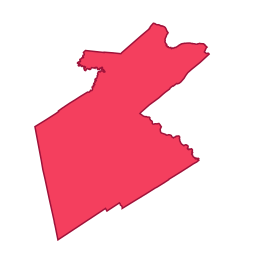 outline of Produlesti, Dâmbovita, Romania, rotated 171°
{"feature_id": "2599482B81885258271569", "entity_name": "Produlesti", "entity_type": "district", "adm_level": 2, "iso_a3": "ROU", "parent_name": "Romania", "parent_adm1": "Dâmbovita", "projection": "equal_earth", "projection_center": [25.495, 44.702], "detail": "fine", "context": "isolated", "style": "filled", "palette": "rose", "viewbox_px": 256, "rotation_deg": 171, "n_neighbors": 0, "source": "geoboundaries", "source_scale": "gbopen_adm2", "svg_char_len": 5746}
<svg xmlns="http://www.w3.org/2000/svg" viewBox="0 0 256 256"><g transform="rotate(171 128 128)"><path d="M139.8,206.3L157.9,211.2L160.2,209.6L160.2,209.3L159.8,208.7L159.7,207.3L160.0,207.0L161.1,206.8L161.3,206.1L161.5,205.9L161.5,205.6L161.0,205.2L160.9,204.8L161.0,204.5L162.1,204.4L162.5,204.5L162.8,204.4L163.1,204.0L163.4,203.7L164.8,203.3L164.9,202.4L164.7,202.2L164.4,201.6L164.7,201.0L165.0,200.9L165.4,201.1L165.6,201.1L166.1,200.9L166.4,201.0L166.7,200.9L167.6,200.4L167.8,200.0L167.7,199.8L166.6,199.7L166.1,199.2L166.3,199.0L166.3,198.8L166.5,198.8L166.6,198.5L167.3,197.9L167.3,197.5L167.1,197.1L166.6,196.9L166.4,197.0L166.1,197.6L165.6,197.8L165.6,198.0L165.4,198.1L165.0,197.8L165.2,197.6L165.2,197.2L164.9,196.8L164.5,196.6L164.3,196.2L163.7,196.6L163.4,196.6L163.1,196.0L162.9,196.0L162.7,195.6L162.4,195.4L162.0,195.7L161.5,195.7L160.9,195.2L160.5,195.0L160.7,194.4L160.9,194.3L161.2,194.4L162.2,193.9L162.1,192.9L161.9,192.6L161.9,192.0L161.7,191.7L160.9,191.3L160.7,191.4L160.1,192.4L159.7,192.7L159.4,192.7L159.2,193.0L158.9,193.1L158.6,193.1L158.1,192.8L157.7,192.3L157.0,192.5L156.9,191.9L156.5,191.7L155.5,192.1L155.2,192.7L154.5,193.3L154.3,193.4L152.9,192.7L152.3,192.8L151.8,192.8L151.6,192.4L151.2,192.1L150.8,192.7L150.5,192.9L150.1,192.8L149.6,192.8L149.1,192.6L149.0,192.0L149.2,191.8L149.0,191.2L148.7,191.1L148.7,190.7L147.9,190.9L147.7,190.9L147.6,190.4L147.4,190.2L147.1,190.2L146.3,190.9L146.3,191.2L146.2,191.5L145.8,191.5L145.7,191.6L144.9,191.7L144.7,191.9L144.5,192.0L144.0,192.0L143.8,191.8L143.9,191.4L144.3,191.1L144.7,191.2L144.9,191.0L144.9,190.7L144.8,190.4L144.9,190.1L144.8,189.9L143.7,190.0L143.3,189.7L143.0,189.5L143.0,188.9L143.1,188.7L142.6,188.4L142.1,187.7L142.0,187.1L142.2,186.9L142.5,186.9L143.4,187.2L143.6,188.0L144.7,188.6L145.1,188.6L145.6,188.4L146.1,188.6L146.3,188.6L146.5,188.4L146.7,187.8L147.4,187.9L147.7,188.3L147.9,188.4L148.4,188.2L148.8,187.7L148.9,187.3L149.2,187.1L149.5,186.6L149.3,185.3L150.1,184.7L150.3,184.3L150.1,183.7L150.5,183.3L151.0,182.1L151.4,181.9L151.8,182.0L152.1,181.6L152.7,181.5L152.9,181.2L153.1,180.6L152.9,180.4L152.4,180.6L152.2,180.5L152.2,180.1L152.0,179.7L152.3,179.5L152.7,179.6L153.1,179.3L153.3,179.3L153.5,179.2L153.4,178.2L153.8,177.9L154.8,177.5L154.9,177.3L154.6,176.9L154.3,176.7L154.1,176.0L154.3,175.9L155.5,175.8L155.7,175.5L155.7,175.1L155.4,174.8L155.6,174.4L155.6,174.1L156.9,174.2L157.0,174.1L157.1,173.9L157.0,173.2L157.0,172.9L156.8,172.6L157.0,171.7L157.4,171.1L158.0,170.6L159.1,171.1L159.7,170.2L160.1,169.9L160.5,169.8L160.8,169.5L161.5,169.5L162.3,169.8L169.9,166.7L176.0,164.0L180.9,162.0L190.0,157.8L194.0,155.8L194.1,155.7L193.9,155.1L194.1,155.0L196.9,153.6L208.6,148.5L219.7,143.9L219.2,126.7L218.7,109.2L218.6,100.2L217.9,90.2L216.8,69.2L215.5,48.0L215.5,45.3L215.3,43.3L214.7,28.5L162.8,52.1L161.8,49.3L148.2,55.4L147.6,54.4L147.6,53.2L146.5,52.0L146.3,51.7L146.1,50.3L146.3,49.5L117.6,61.4L110.7,64.4L108.5,65.1L99.6,68.9L95.8,70.6L95.6,71.0L81.3,77.0L68.8,82.5L65.4,83.7L63.2,85.0L63.9,85.9L63.8,86.2L62.9,86.5L63.2,87.0L64.6,86.8L64.8,87.1L64.8,87.4L65.3,87.5L65.5,87.1L65.9,87.4L66.3,87.9L66.5,87.5L66.9,88.3L67.9,89.1L68.3,90.0L68.5,90.5L68.4,91.0L68.7,91.2L69.2,92.3L68.9,92.6L68.7,92.6L68.7,92.9L68.0,93.5L68.3,94.3L68.6,94.1L68.7,94.3L68.1,94.8L67.9,95.8L68.3,96.7L68.0,96.9L68.7,97.6L69.8,97.4L70.2,97.1L70.8,97.2L70.8,97.4L70.7,97.6L71.1,97.8L71.4,97.5L71.8,97.3L72.5,98.3L72.5,98.8L71.6,99.8L71.5,100.5L71.6,101.0L72.4,101.8L72.9,101.9L73.1,102.3L73.6,102.4L74.5,102.3L75.5,101.8L75.9,102.0L76.5,102.8L77.6,103.7L78.2,105.0L78.9,107.5L78.7,108.2L78.9,109.5L78.5,110.4L78.4,111.2L79.0,112.2L81.8,112.4L82.3,111.8L84.0,111.6L84.6,111.1L85.2,111.6L86.1,112.5L86.4,113.8L87.6,114.6L88.7,115.0L90.7,114.8L91.4,115.0L91.6,115.6L92.8,116.3L95.9,117.9L96.3,118.5L96.5,119.8L96.4,121.7L95.2,123.6L94.9,123.9L95.9,126.2L96.7,127.6L97.6,127.7L98.5,127.5L100.7,128.0L101.9,127.7L102.8,128.1L103.3,128.7L103.0,130.2L103.2,130.8L103.6,131.5L104.3,131.8L105.0,133.5L105.1,134.0L104.8,134.9L105.5,135.5L106.8,135.6L108.4,136.5L108.9,136.4L110.7,137.1L114.0,140.4L112.6,141.6L103.2,147.6L92.9,152.9L88.1,156.0L85.6,157.5L81.9,159.4L81.7,159.6L81.0,159.8L80.2,160.8L79.2,161.5L77.1,162.6L76.7,162.3L72.8,164.4L72.3,163.9L70.5,164.2L68.6,165.2L65.0,168.2L62.8,170.8L60.3,173.3L56.2,175.9L46.5,181.5L36.3,188.3L36.6,188.9L37.0,189.3L37.3,189.4L38.1,189.3L38.9,189.3L40.7,191.2L39.6,192.7L38.7,194.2L38.0,195.1L37.3,195.5L38.0,196.5L38.5,196.9L38.9,197.4L39.1,197.7L39.0,198.1L39.4,198.4L39.6,198.8L40.0,199.0L40.2,199.3L40.4,199.4L42.2,199.8L43.2,200.0L43.9,200.4L45.0,200.2L45.8,200.3L46.2,200.0L47.5,200.1L48.0,200.2L48.6,200.6L49.9,201.0L50.4,201.1L50.9,201.1L51.5,201.6L52.2,201.5L53.4,202.2L56.5,202.6L58.5,202.7L59.1,202.9L59.5,202.8L61.7,202.8L62.6,202.4L62.9,202.5L63.7,202.0L64.2,202.0L64.8,201.7L65.0,201.5L65.5,201.3L65.9,201.1L67.8,200.2L68.0,200.0L68.9,200.3L69.7,199.9L70.5,199.9L70.9,199.6L71.2,199.7L71.4,200.0L71.8,199.8L72.0,199.8L72.6,199.6L72.9,200.0L73.0,200.8L73.3,200.9L74.1,200.7L75.2,201.1L75.4,201.5L75.4,201.9L75.6,202.0L76.4,201.9L76.6,202.2L76.6,203.3L76.7,203.6L76.9,203.7L77.3,203.6L77.3,204.0L76.8,204.6L77.3,205.2L77.7,206.1L77.7,206.4L78.0,206.9L78.1,207.5L77.6,208.2L77.6,209.5L77.3,210.5L77.0,210.9L76.3,212.0L75.8,212.8L75.0,214.4L74.1,214.9L73.5,216.0L74.0,216.6L74.0,217.2L74.5,217.6L74.5,218.2L74.6,218.4L74.9,219.9L75.4,221.0L75.4,221.3L76.2,222.2L77.7,223.2L78.3,223.3L78.6,223.7L79.4,223.6L79.9,224.1L80.4,224.3L80.6,224.7L82.0,225.3L82.9,225.4L83.7,225.7L84.7,226.4L85.0,226.9L86.6,227.5L89.6,225.0L90.2,224.4L91.1,222.9L91.4,223.0L91.9,222.3L100.2,217.3L122.3,203.4L123.4,202.5L131.3,204.6L139.7,206.6L139.8,206.3Z" fill="#f43f5e" stroke="#9f1239" stroke-width="1.5"/></g></svg>